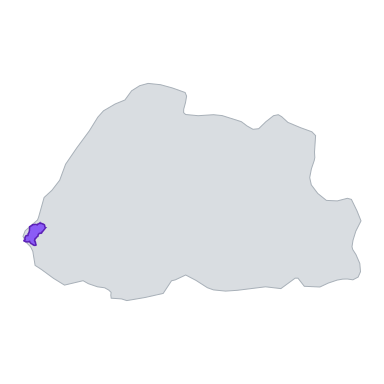 Bara, Samchi, Bhutan shown in context
{"feature_id": "84629894B92719198389791", "entity_name": "Bara", "entity_type": "district", "adm_level": 2, "iso_a3": "BTN", "parent_name": "Bhutan", "parent_adm1": "Samchi", "projection": "equal_earth", "projection_center": [88.859, 27.193], "detail": "fine", "context": "in_parent", "style": "filled", "palette": "violet", "viewbox_px": 384, "rotation_deg": 0, "n_neighbors": 0, "source": "geoboundaries", "source_scale": "gbopen_adm2", "svg_char_len": 4402}
<svg xmlns="http://www.w3.org/2000/svg" viewBox="0 0 384 384"><path d="M314.8,157.6L314.2,160.6L311.4,168.8L309.7,177.6L311.3,184.9L317.8,193.5L326.4,200.4L337.3,200.9L347.4,198.3L351.4,199.4L357.0,210.9L361.0,220.9L355.8,231.2L353.0,240.3L352.0,246.7L352.7,249.5L356.0,254.7L359.8,263.5L360.5,271.7L358.1,277.1L352.9,279.8L347.4,279.0L342.8,279.1L337.1,280.1L328.2,283.1L319.9,287.0L304.3,286.3L298.0,278.2L295.1,278.2L280.9,288.6L265.5,286.8L237.4,290.3L225.6,291.1L213.5,289.9L207.4,287.7L196.0,280.4L185.7,275.0L175.2,279.9L171.5,280.8L163.2,293.4L145.0,297.5L126.8,300.6L121.5,298.9L111.2,298.2L110.8,295.2L111.1,292.4L108.8,290.1L104.7,287.8L97.5,286.8L88.4,283.7L83.1,280.7L64.5,285.1L53.6,278.4L41.3,269.4L35.1,265.4L32.8,251.3L30.6,246.8L25.8,242.0L23.0,236.4L25.2,230.7L37.5,220.0L38.5,217.5L44.1,197.5L52.0,190.2L59.7,180.2L65.6,164.2L76.9,147.7L89.3,130.9L97.8,117.2L103.5,110.8L115.1,104.0L124.9,100.0L131.6,90.8L139.7,85.7L148.1,83.4L160.5,84.7L172.2,87.9L185.1,92.5L186.6,96.1L185.5,102.6L183.7,109.2L183.6,112.6L185.6,114.5L198.2,115.7L213.5,114.7L222.2,115.6L241.4,121.7L247.1,126.0L253.0,129.3L258.7,128.7L265.9,121.7L273.5,115.7L278.3,114.7L281.7,116.7L287.9,122.4L300.6,127.7L311.9,131.8L315.6,135.6L314.5,152.1L314.8,157.6Z" fill="#d9dde1" stroke="#a8b0b8" stroke-width="1"/><path d="M45.5,227.9L45.4,227.9L45.4,227.7L45.3,227.4L45.2,227.2L45.0,226.9L44.9,226.9L44.7,226.7L44.7,226.4L44.7,226.1L44.7,225.7L44.6,225.4L44.6,225.1L44.4,224.9L44.2,224.6L43.7,224.4L43.4,224.4L43.2,224.3L43.1,224.0L43.0,223.9L42.7,223.9L42.2,223.7L41.8,223.5L41.6,223.4L41.3,223.3L41.0,223.5L40.7,223.5L40.3,223.3L40.1,222.8L39.9,223.0L39.4,223.2L39.3,223.3L38.9,223.7L38.7,223.8L38.4,224.0L38.1,224.0L37.9,224.0L37.7,224.1L37.2,224.9L36.9,224.8L36.8,224.7L36.7,224.7L36.4,224.6L36.0,224.4L35.9,224.4L35.6,224.4L35.3,224.4L35.0,224.4L34.6,224.5L34.2,224.5L33.7,224.6L32.7,224.7L32.4,224.7L32.1,225.4L31.5,225.7L31.2,225.9L30.8,226.0L30.3,226.3L29.6,226.7L29.5,226.9L29.6,227.1L29.6,227.3L29.7,227.6L29.6,227.9L29.5,228.3L29.5,228.7L29.5,228.9L29.5,229.1L29.5,229.3L29.5,229.6L29.5,229.9L29.5,230.0L29.5,230.4L29.5,230.6L29.4,230.8L29.3,231.1L29.2,231.3L29.2,231.5L29.2,232.0L29.1,232.3L28.9,232.5L28.7,233.0L28.4,233.6L28.2,233.6L28.1,233.8L28.1,234.0L28.1,234.3L28.1,234.6L28.1,234.8L28.1,235.0L27.9,235.6L27.6,235.6L27.4,235.5L27.3,235.4L27.2,235.4L26.9,235.4L26.7,235.5L26.4,235.6L26.2,235.7L26.0,235.8L25.9,236.0L25.7,236.1L25.5,236.6L25.4,236.8L25.3,237.1L25.2,237.1L25.1,237.4L24.9,237.7L24.9,237.8L24.9,238.0L25.0,238.4L24.9,238.7L24.9,238.8L25.0,239.0L25.1,239.3L25.2,239.5L24.9,240.1L24.3,240.2L24.1,240.2L23.9,240.5L24.0,241.0L24.3,241.1L24.5,241.2L24.8,241.3L25.0,241.4L25.1,241.5L25.3,241.6L25.6,241.7L25.8,241.8L26.1,241.7L26.3,241.7L26.6,241.8L26.9,241.9L27.1,241.9L27.3,241.9L27.6,241.9L27.8,241.9L28.0,241.9L28.4,241.8L28.7,241.7L29.0,241.6L29.4,241.4L29.6,241.4L29.6,241.5L29.7,241.8L29.8,241.9L29.9,242.2L30.0,242.4L30.1,242.6L30.4,242.8L30.5,243.0L30.8,243.3L30.9,243.5L31.1,243.6L31.4,243.6L31.6,243.7L31.7,243.8L31.9,244.0L32.1,244.1L32.3,244.3L32.5,244.5L32.8,244.6L33.1,244.6L33.3,244.7L33.3,244.8L33.4,245.0L33.6,245.1L33.9,245.1L34.0,245.2L34.2,245.4L34.5,245.4L34.9,245.4L35.1,245.3L35.3,245.3L35.5,245.3L35.8,245.3L36.0,245.1L36.1,244.9L36.0,244.7L35.9,244.6L35.8,244.4L35.8,244.2L35.8,243.9L35.7,243.7L35.6,243.4L35.6,243.2L35.6,242.9L35.5,242.7L35.4,242.6L35.4,242.4L35.4,242.2L35.2,242.1L35.2,241.9L35.2,241.7L35.1,241.4L34.9,241.3L34.7,241.2L34.6,240.9L34.6,240.7L34.5,240.4L34.7,240.2L34.8,240.1L34.9,239.9L34.7,239.8L34.7,239.7L34.8,239.5L34.8,239.4L34.9,239.2L34.9,238.9L35.0,238.8L35.1,238.7L35.2,238.4L35.3,238.3L35.5,238.3L35.6,238.2L35.9,238.0L36.0,238.0L36.2,237.9L36.3,237.8L36.3,237.7L36.5,237.4L36.5,237.2L36.9,236.9L37.0,236.8L37.2,236.7L37.3,236.6L37.5,236.4L37.8,236.4L38.0,236.1L38.0,235.9L38.1,235.7L38.1,235.4L38.0,235.2L38.1,234.9L38.2,234.7L38.3,234.6L38.3,234.4L38.4,234.2L38.5,234.2L38.8,234.0L38.8,233.9L39.0,233.7L39.2,233.4L39.3,233.4L39.5,233.4L39.8,233.4L40.0,233.2L40.3,233.2L40.5,233.2L40.8,233.1L40.9,233.3L41.0,233.3L41.1,233.2L41.3,233.2L41.5,233.1L41.7,232.9L41.8,232.8L41.8,232.7L41.9,232.4L41.9,232.2L42.0,232.2L42.2,231.9L42.3,231.9L42.5,231.7L42.7,231.4L43.2,230.8L43.6,230.4L43.8,230.1L43.9,229.8L44.0,229.7L44.5,229.2L44.9,228.7L45.0,228.5L45.1,228.4L45.3,228.1L45.5,227.9Z" fill="#8b5cf6" stroke="#5b21b6" stroke-width="1.5"/></svg>